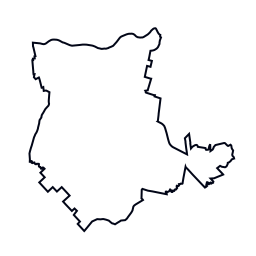 Paulesti, Satu Mare, Romania, rotated 353°
{"feature_id": "2599482B77186768988963", "entity_name": "Paulesti", "entity_type": "district", "adm_level": 2, "iso_a3": "ROU", "parent_name": "Romania", "parent_adm1": "Satu Mare", "projection": "orthographic", "projection_center": [22.964, 47.739], "detail": "fine", "context": "isolated", "style": "outline", "palette": "ink", "viewbox_px": 256, "rotation_deg": 353, "n_neighbors": 0, "source": "geoboundaries", "source_scale": "gbopen_adm2", "svg_char_len": 5754}
<svg xmlns="http://www.w3.org/2000/svg" viewBox="0 0 256 256"><g transform="rotate(353 128 128)"><path d="M171.4,39.5L170.7,39.1L169.8,37.9L169.2,36.5L167.9,32.9L167.6,32.5L167.2,32.3L166.7,32.3L165.8,32.4L164.7,32.9L164.2,33.3L162.9,34.2L162.2,35.0L161.3,35.9L159.4,37.3L158.7,37.7L156.1,38.9L155.3,39.3L153.9,39.8L153.1,39.9L150.6,39.6L149.9,39.4L148.5,39.0L147.2,38.0L146.7,37.4L146.3,36.8L145.3,35.8L144.6,35.3L143.8,35.0L143.0,34.8L141.3,34.7L140.8,34.6L139.8,34.6L137.9,34.9L133.2,36.2L132.3,36.5L131.6,36.9L130.8,37.5L127.2,41.2L123.3,44.6L121.2,45.3L118.8,45.9L118.4,46.2L115.8,46.6L114.2,46.3L112.4,46.3L111.6,46.3L110.4,45.9L109.4,45.5L107.9,45.0L105.1,43.1L103.2,42.1L102.1,41.7L96.9,40.2L93.2,39.7L89.9,39.7L82.5,39.5L81.4,39.1L80.2,38.6L75.4,35.8L74.3,35.3L73.6,35.1L73.2,34.8L70.6,32.9L69.1,32.1L68.0,31.7L65.3,31.2L64.2,31.1L62.7,31.2L61.8,31.5L59.9,32.3L58.5,33.1L57.0,34.0L56.2,34.3L55.4,34.5L54.4,34.5L53.1,34.1L51.1,33.3L44.0,31.7L43.7,35.1L43.7,35.6L43.9,36.2L44.9,45.4L43.9,45.5L43.9,47.6L42.1,47.6L42.1,49.1L41.3,49.1L41.0,57.3L40.9,60.5L40.8,61.5L40.8,63.2L41.8,63.2L40.8,66.1L42.3,68.3L45.7,67.0L45.9,67.7L46.3,70.1L47.2,77.5L47.9,77.5L48.9,77.1L48.9,80.9L51.1,80.8L51.6,81.0L54.4,82.9L53.8,85.6L52.6,91.6L52.5,93.5L52.6,94.2L52.5,94.7L52.0,95.7L51.8,96.1L50.1,97.5L48.2,99.2L45.7,102.6L44.9,103.5L44.0,104.7L43.5,106.1L43.4,106.7L43.2,107.1L41.2,109.4L40.7,111.1L40.4,112.5L38.8,116.6L38.5,117.7L37.6,119.6L36.6,121.3L35.2,123.0L34.4,124.5L33.6,125.8L30.3,133.7L29.2,136.0L27.8,139.3L27.1,141.3L26.8,147.1L26.4,149.6L26.7,149.7L27.9,149.0L28.2,149.1L28.5,149.3L28.6,149.7L28.3,150.3L28.2,150.8L28.5,151.0L28.9,151.2L29.5,151.1L30.0,150.9L30.7,150.7L30.9,150.8L31.1,151.8L31.2,152.1L31.7,152.5L32.0,152.7L32.3,152.8L32.9,152.5L33.1,152.4L33.7,152.6L34.1,152.5L35.1,152.7L35.2,152.8L35.2,153.0L35.1,153.8L34.9,154.3L34.9,154.5L34.9,155.2L35.2,155.7L35.5,155.9L36.1,156.0L36.5,157.0L36.5,157.4L36.6,157.7L36.8,157.8L37.3,157.9L37.7,157.6L38.0,156.9L38.3,156.8L39.2,157.0L40.2,158.3L35.6,161.7L39.3,166.8L33.3,171.2L40.7,181.5L46.1,177.5L49.7,182.4L55.0,178.6L60.1,185.6L61.8,188.0L54.6,193.1L57.0,196.5L62.2,203.5L65.1,201.4L67.2,204.0L64.5,206.7L63.6,207.7L68.9,215.0L66.4,217.1L70.5,222.8L72.0,224.9L72.6,224.4L81.0,216.4L86.3,214.7L89.5,215.3L91.8,215.3L92.6,215.4L95.0,216.3L96.7,217.1L97.7,217.6L99.3,219.4L100.5,220.6L100.8,220.8L101.8,221.1L103.4,222.0L106.1,220.7L108.4,219.7L109.5,219.1L109.8,219.0L113.9,219.1L114.3,218.9L116.0,217.7L116.9,216.6L121.0,212.3L122.4,210.4L122.6,209.8L123.8,206.6L124.7,205.7L126.3,204.8L134.1,201.3L133.8,200.7L132.8,199.6L134.1,191.0L134.9,190.2L140.1,192.6L144.5,193.9L158.4,198.5L158.4,198.2L157.8,197.2L157.6,196.4L157.7,196.0L158.0,196.0L158.0,195.8L158.4,195.8L158.5,196.0L158.6,196.4L158.9,196.6L159.6,196.2L160.5,196.1L160.8,195.9L161.3,195.6L161.6,195.1L161.9,194.8L162.2,194.2L162.3,194.1L162.6,194.3L162.7,194.6L162.9,194.7L163.0,196.0L163.1,196.3L163.5,196.8L163.9,196.9L164.3,196.9L164.5,196.7L164.5,195.9L164.7,195.6L165.1,195.5L165.7,196.0L166.2,196.1L166.4,195.9L167.0,194.9L167.2,194.7L167.5,194.7L167.9,194.9L168.4,194.8L168.6,194.4L168.7,194.2L169.5,193.6L169.5,193.3L169.2,192.9L169.1,192.6L169.2,191.7L169.3,191.4L169.5,191.2L170.3,191.6L171.0,191.7L171.4,191.5L171.9,190.7L171.8,189.9L172.0,189.9L172.3,190.1L172.6,190.2L172.9,190.1L173.3,189.7L173.6,189.6L173.9,189.7L174.1,189.8L174.4,189.9L175.2,189.9L175.4,189.7L175.7,188.5L177.0,184.1L180.4,173.5L180.5,173.9L182.5,176.5L186.4,182.0L197.1,196.5L197.5,196.3L197.4,196.2L197.4,195.7L197.6,195.6L198.2,195.6L198.6,195.8L199.0,195.5L198.6,195.3L198.6,195.1L198.8,194.5L199.3,194.3L199.3,194.1L199.2,193.9L198.9,193.4L199.0,193.2L199.3,193.1L199.5,192.5L199.5,192.3L199.5,192.0L199.7,191.5L200.3,191.5L200.6,191.7L200.7,191.9L200.8,192.9L200.9,193.2L201.1,193.5L201.3,193.6L201.5,193.4L201.8,192.8L201.9,192.7L202.0,192.8L202.1,193.2L202.3,193.3L202.5,193.1L202.8,192.7L203.4,192.2L203.6,192.3L203.6,192.5L203.4,192.9L203.5,193.1L203.8,193.1L204.0,193.3L205.1,192.8L205.8,192.7L205.9,192.1L206.2,191.6L203.8,188.2L207.3,188.4L216.8,185.8L216.7,185.6L211.6,178.7L214.8,176.8L216.4,177.9L219.5,178.8L220.1,178.6L221.1,178.1L221.5,177.5L221.9,176.9L222.5,176.0L222.6,175.5L222.8,174.7L224.1,174.4L224.6,174.1L225.8,173.3L226.6,172.5L227.1,171.8L228.5,171.5L229.2,171.2L229.6,171.2L229.5,170.3L229.3,169.6L228.5,168.6L228.3,168.1L228.2,167.3L228.3,166.9L229.1,164.7L229.3,164.0L229.6,163.2L229.5,162.9L228.9,161.9L228.7,161.3L228.5,160.8L228.4,159.6L228.4,158.2L228.3,157.9L227.7,157.1L226.7,157.5L225.3,158.0L225.1,158.0L224.4,157.4L222.6,155.1L222.3,154.8L221.6,154.6L212.7,155.6L210.8,157.3L210.2,158.6L210.0,158.9L209.4,159.7L207.0,161.0L207.6,154.1L206.5,155.8L205.4,158.9L205.1,159.2L204.8,159.3L204.0,159.3L202.9,159.2L202.7,159.0L202.6,158.7L202.5,157.4L202.3,157.3L195.0,155.2L195.0,154.8L194.9,154.3L194.7,153.8L194.4,153.4L194.0,153.2L193.6,153.1L192.7,153.2L192.2,153.3L190.2,154.2L189.5,154.6L188.0,156.0L187.9,151.0L188.1,150.2L187.9,141.3L183.2,145.1L183.4,148.1L183.3,149.4L183.3,155.4L183.4,158.2L183.4,161.4L170.3,152.5L169.3,151.6L168.2,150.2L167.7,149.3L167.4,148.8L167.1,147.8L166.8,146.3L166.4,143.7L165.7,137.9L164.8,132.5L164.4,131.1L164.2,130.4L163.3,129.1L162.3,128.0L161.7,127.5L158.2,125.1L158.4,125.0L158.9,123.0L160.0,118.5L160.1,117.8L163.9,102.6L158.2,99.9L158.5,99.2L158.7,98.7L157.4,98.4L150.2,95.1L150.0,94.9L149.9,94.6L150.0,93.6L149.9,93.3L149.8,93.1L152.2,93.0L152.3,92.6L157.0,81.9L156.3,81.7L150.9,79.3L154.5,68.7L157.8,70.0L159.9,64.3L156.7,63.0L156.9,62.5L157.6,60.6L159.7,54.1L161.9,54.1L163.2,53.9L163.7,53.8L165.7,52.9L166.5,52.4L167.5,51.5L167.8,51.1L169.5,48.4L169.7,47.0L170.3,45.0L171.8,42.1L171.0,41.3L171.4,39.5Z" fill="none" stroke="#020617" stroke-width="2"/></g></svg>